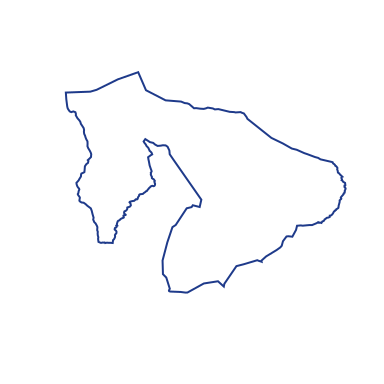 outline of Santiago Laxopa, Oaxaca, Mexico, rotated 105°
{"feature_id": "50627088B77723343468711", "entity_name": "Santiago Laxopa", "entity_type": "district", "adm_level": 2, "iso_a3": "MEX", "parent_name": "Mexico", "parent_adm1": "Oaxaca", "projection": "natural_earth1", "projection_center": [-96.318, 17.198], "detail": "fine", "context": "isolated", "style": "outline", "palette": "blue", "viewbox_px": 384, "rotation_deg": 105, "n_neighbors": 0, "source": "geoboundaries", "source_scale": "gbopen_adm2", "svg_char_len": 5409}
<svg xmlns="http://www.w3.org/2000/svg" viewBox="0 0 384 384"><g transform="rotate(105 192 192)"><path d="M293.7,188.4L293.8,187.3L291.5,177.1L291.0,173.4L290.8,172.1L290.3,170.4L277.3,156.9L271.5,143.8L275.1,136.8L272.3,137.0L252.1,129.9L248.5,123.5L241.0,111.3L241.2,110.0L241.2,109.7L241.4,106.7L240.4,107.2L235.0,103.7L226.1,95.2L222.7,92.4L220.7,91.4L216.0,91.4L210.5,89.2L209.8,87.5L209.2,83.5L201.7,81.7L197.4,81.8L196.1,78.2L195.9,76.4L193.6,70.2L192.9,67.5L189.8,63.5L189.2,62.9L188.6,62.5L188.4,61.9L188.9,61.4L188.4,60.2L188.4,59.3L188.1,59.4L187.8,58.8L186.6,58.4L186.1,57.5L185.3,57.0L184.1,56.8L183.6,56.2L182.1,55.2L181.3,53.5L180.4,52.5L179.2,52.8L178.7,51.7L177.8,51.0L176.5,50.4L176.3,50.3L174.3,49.9L173.3,49.1L173.0,49.2L172.0,48.2L171.4,48.2L170.7,47.5L170.1,47.0L169.8,46.7L169.3,46.5L168.9,46.6L168.5,46.6L167.4,46.8L166.7,46.8L166.2,46.8L164.8,46.8L163.5,46.8L162.9,46.9L162.1,47.2L161.8,47.2L160.1,46.1L159.7,46.1L159.1,46.8L158.3,46.7L154.9,45.0L154.3,45.2L153.4,44.7L153.2,44.4L152.0,44.5L151.6,44.8L149.5,44.5L149.1,44.7L148.7,44.6L148.0,45.3L147.8,45.9L147.6,46.1L147.3,46.1L146.5,46.3L146.4,45.9L145.8,45.6L143.6,46.5L143.3,47.5L143.2,48.0L143.0,48.7L142.0,49.7L141.9,50.5L141.0,50.4L139.7,51.4L139.1,51.3L138.5,51.1L138.3,50.8L137.3,52.6L136.6,53.9L135.9,54.6L135.7,55.5L135.4,56.1L134.9,56.3L133.5,56.9L132.7,57.6L131.5,57.7L130.9,57.9L129.7,59.5L129.7,60.2L128.8,61.0L128.3,61.8L128.0,62.8L127.5,63.5L126.9,63.8L126.8,64.5L127.2,76.4L126.4,79.0L126.4,82.2L125.6,90.4L125.4,93.6L124.1,101.8L124.2,106.8L121.6,116.8L119.2,129.3L108.6,153.7L107.0,157.4L105.5,158.7L102.7,162.2L102.5,165.0L102.2,165.6L103.9,170.6L103.9,171.9L104.8,176.3L105.1,188.0L106.3,191.3L105.9,193.5L106.4,198.6L107.6,200.2L108.7,202.2L109.4,205.7L109.9,209.7L110.6,211.7L107.8,217.5L107.6,219.5L108.0,222.1L107.5,225.8L107.5,226.0L110.3,241.2L110.3,241.3L105.6,262.8L90.2,275.0L102.4,292.8L118.0,310.6L121.4,316.2L128.6,339.6L135.0,337.4L141.8,334.6L143.4,333.7L144.4,332.7L145.8,331.0L146.1,329.3L144.9,327.5L145.1,325.3L146.7,324.3L148.0,324.1L149.4,322.7L150.4,321.7L152.0,319.3L153.2,318.0L154.9,317.0L156.3,315.4L158.3,313.2L160.0,312.3L161.8,312.0L163.7,311.2L164.8,310.3L165.2,309.9L165.6,309.7L166.9,308.9L168.5,307.7L170.1,306.1L172.3,305.4L174.9,304.8L176.5,303.6L178.5,301.5L180.2,300.0L181.6,299.1L182.9,298.9L184.3,298.6L186.0,299.5L188.2,300.9L188.8,300.1L190.8,300.0L192.5,301.3L194.9,302.1L198.7,301.4L200.6,301.1L201.2,301.6L202.8,303.6L203.7,303.7L205.8,303.3L208.7,304.2L210.1,304.5L213.1,306.0L214.5,305.4L216.0,304.4L217.1,303.3L217.9,302.0L218.7,301.5L220.6,301.7L222.4,301.5L223.6,301.8L224.6,301.0L225.7,299.5L226.6,298.8L228.3,298.7L229.6,298.5L230.3,297.4L230.7,295.9L230.4,293.9L231.2,291.7L232.4,289.5L233.2,287.5L234.0,285.5L236.1,284.0L239.2,282.3L242.3,280.4L244.2,280.3L246.4,278.6L247.3,277.0L249.3,275.1L250.4,274.3L251.9,274.0L253.4,273.7L254.8,272.7L256.5,272.4L258.2,271.8L259.9,270.8L261.5,270.6L262.8,270.1L264.4,269.4L264.7,267.1L264.5,266.2L264.0,265.4L263.8,264.5L263.4,263.3L263.8,262.7L263.6,262.4L262.9,260.9L262.8,260.0L262.5,258.7L262.2,257.7L261.8,255.4L258.9,255.8L258.0,255.2L257.3,255.0L256.4,254.8L255.4,254.7L255.1,254.7L254.5,254.9L253.6,255.3L252.4,255.0L251.8,254.5L251.3,254.4L250.0,254.6L249.1,255.3L248.7,256.1L248.4,256.8L248.0,257.1L246.8,257.1L246.4,256.9L245.9,256.1L245.6,255.9L244.8,255.8L244.2,256.3L243.7,255.5L242.9,256.2L241.7,256.3L240.6,256.2L239.7,256.2L238.9,255.8L238.3,255.0L237.5,254.4L236.8,254.1L236.2,253.6L235.1,252.3L234.6,251.5L234.3,251.3L233.0,252.0L232.6,252.1L232.1,251.4L231.4,250.2L231.1,250.2L230.8,250.7L230.7,251.2L230.5,251.8L229.4,252.3L228.3,252.3L228.0,252.1L227.7,251.5L227.3,251.1L226.6,250.6L225.4,250.2L224.7,250.2L224.0,250.5L223.7,250.5L223.2,249.8L222.6,248.7L222.3,248.3L221.3,247.8L220.8,247.6L220.3,247.8L219.6,248.1L218.9,248.6L218.1,249.7L217.7,249.6L217.3,249.2L216.5,247.8L216.0,246.8L215.5,245.6L214.5,244.9L213.7,244.5L213.4,244.1L213.5,243.5L213.3,243.1L212.6,242.7L212.1,242.7L211.4,242.8L210.5,242.6L209.9,242.3L209.1,242.1L208.6,242.3L208.1,242.1L207.6,241.6L207.2,240.5L206.8,239.5L206.4,238.8L205.6,238.4L205.0,237.9L204.0,237.0L203.3,236.7L202.9,236.2L202.6,235.8L202.1,235.6L201.6,235.5L200.9,235.2L200.3,234.8L199.9,234.7L199.2,234.4L198.6,234.0L197.9,233.5L197.4,233.4L196.9,232.8L196.5,232.3L196.3,232.0L196.3,231.3L196.4,230.9L196.2,230.4L195.8,229.9L195.3,229.7L194.6,229.6L194.1,229.7L193.4,229.9L193.1,230.3L192.4,230.6L191.9,231.0L191.4,230.8L190.9,230.8L190.7,231.2L190.1,231.6L189.8,232.0L189.5,232.6L189.4,233.3L189.0,234.3L188.5,234.5L187.8,234.6L187.2,235.2L185.9,236.3L185.1,236.3L184.1,236.8L183.6,236.6L182.7,236.3L181.8,236.7L180.3,237.8L178.5,239.0L177.3,239.8L175.2,240.8L172.9,241.9L172.4,242.2L172.1,242.4L171.5,242.6L169.8,243.4L169.3,243.1L168.4,242.3L167.4,241.6L166.9,241.1L166.0,240.2L165.6,240.5L164.9,240.9L164.3,241.5L163.9,242.2L163.5,242.8L163.2,243.6L162.1,244.4L160.6,245.7L159.3,247.9L158.1,248.9L156.8,250.7L155.7,251.8L153.0,250.8L154.1,247.3L154.7,245.6L154.6,242.2L155.7,240.0L156.4,237.2L155.3,234.1L154.4,232.3L153.8,229.5L154.6,227.3L155.9,226.2L156.7,225.5L157.8,224.6L159.4,224.0L160.5,223.6L161.3,223.3L165.6,218.3L197.0,181.0L204.5,180.7L204.6,187.8L206.7,188.5L209.1,192.9L228.1,199.2L231.0,201.8L247.0,202.8L265.8,202.7L278.9,198.8L281.3,194.7L291.2,188.4L293.0,188.8L293.7,188.4Z" fill="none" stroke="#1e3a8a" stroke-width="2"/></g></svg>